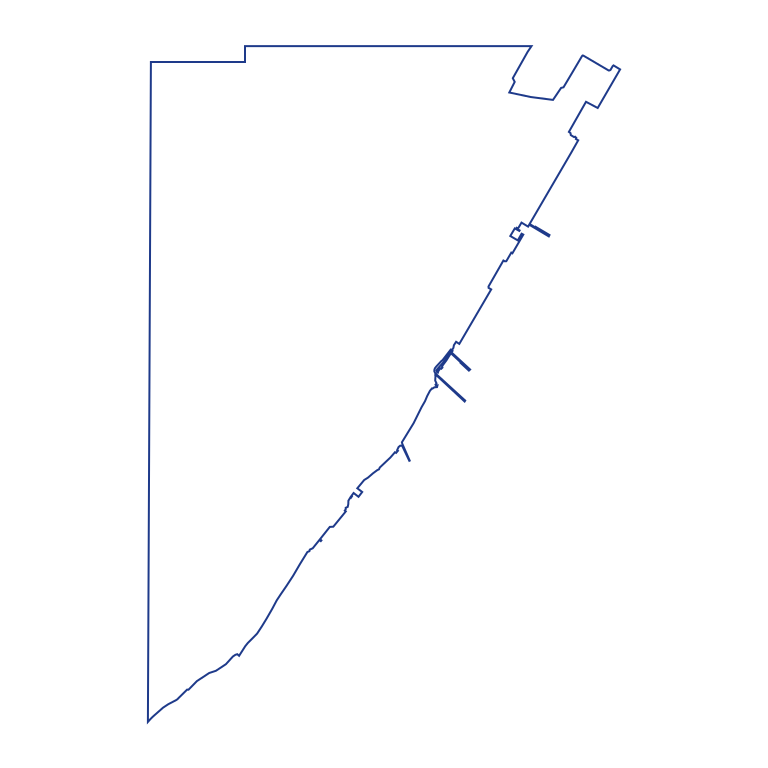 93, Al Wakrah, Qatar (Mercator projection)
{"feature_id": "91078587B9146513397895", "entity_name": "93", "entity_type": "district", "adm_level": 2, "iso_a3": "QAT", "parent_name": "Qatar", "parent_adm1": "Al Wakrah", "projection": "mercator", "projection_center": [51.563, 24.915], "detail": "fine", "context": "isolated", "style": "outline", "palette": "blue", "viewbox_px": 768, "rotation_deg": 0, "n_neighbors": 0, "source": "geoboundaries", "source_scale": "gbopen_adm2", "svg_char_len": 2433}
<svg xmlns="http://www.w3.org/2000/svg" viewBox="0 0 768 768"><path d="M147.9,721.9L150.6,718.9L152.5,717.0L154.6,715.1L159.5,710.8L163.0,707.7L168.3,704.2L170.8,702.9L176.5,699.9L177.7,699.0L178.2,698.4L187.1,689.6L188.5,689.7L196.9,681.1L209.2,673.0L215.9,670.8L225.9,664.2L232.9,656.5L235.4,654.8L237.3,654.2L239.1,655.8L245.3,646.1L247.8,643.0L253.3,637.5L257.1,633.6L261.9,626.3L266.6,618.6L272.3,608.7L276.7,600.4L280.8,594.2L286.3,586.2L293.1,575.8L300.0,564.0L307.4,552.0L309.4,551.2L309.8,549.6L312.7,548.3L319.4,540.0L320.8,541.1L321.4,540.4L320.1,539.1L329.8,526.9L333.3,526.7L345.8,511.4L344.8,510.6L345.7,509.3L345.7,507.8L347.7,506.9L348.3,504.1L348.4,500.7L350.4,497.4L350.9,497.8L351.9,496.4L351.4,496.0L353.6,493.0L358.5,496.8L362.2,492.0L357.3,488.3L364.2,480.0L367.9,477.7L373.0,473.3L377.3,470.1L379.0,469.3L379.8,467.5L390.2,457.7L392.5,455.1L395.0,452.2L396.1,452.9L397.9,450.8L397.1,450.2L398.6,447.0L400.2,445.7L402.1,445.7L409.3,460.8L409.7,460.6L402.3,443.8L401.9,442.3L413.6,423.2L421.5,407.3L425.0,401.2L427.2,396.0L430.0,390.7L432.0,388.4L432.5,388.6L434.4,387.3L437.0,387.1L437.5,385.3L436.0,385.4L435.5,384.7L436.5,383.3L435.2,380.6L435.5,375.8L435.2,375.0L435.6,374.5L464.6,401.5L465.2,400.6L435.2,373.2L434.3,371.2L434.4,369.8L434.9,368.3L436.2,366.6L441.4,361.0L442.5,360.2L450.8,349.5L451.5,349.7L451.8,350.9L444.5,361.0L437.4,369.0L436.5,370.4L437.2,372.3L437.9,372.6L438.4,371.0L440.2,368.5L440.8,368.3L441.3,368.7L442.4,367.6L442.1,367.1L442.1,366.4L443.0,364.9L446.4,360.4L449.4,355.5L451.0,353.3L460.9,362.5L460.6,362.9L468.9,370.6L470.1,369.5L451.5,352.4L452.6,350.8L452.3,349.5L453.4,347.9L453.9,345.2L456.1,341.8L459.3,343.9L491.2,289.4L488.6,287.9L488.5,286.5L503.4,260.5L504.8,261.3L506.3,261.2L511.3,252.6L512.4,253.3L523.3,234.6L521.6,233.7L517.8,240.4L510.3,236.0L514.8,228.4L519.3,230.9L519.6,230.4L516.3,228.4L516.7,227.8L517.5,228.3L518.5,227.7L521.5,222.6L528.1,226.6L529.2,224.7L548.8,236.4L549.5,235.0L535.6,226.8L535.3,227.4L529.6,224.0L571.3,152.5L578.2,140.3L575.9,139.0L576.3,137.9L575.1,136.7L574.1,137.1L570.8,135.1L570.5,133.1L568.9,131.9L586.0,101.8L597.7,108.0L620.1,69.4L613.5,65.4L612.7,66.1L610.5,69.9L609.6,70.4L608.7,70.5L583.3,55.6L582.6,55.5L582.0,56.1L573.5,70.5L563.5,87.3L561.1,87.9L553.0,99.9L530.6,97.0L509.3,92.5L514.7,81.9L512.8,78.2L527.6,51.9L531.5,46.1L245.0,46.1L245.0,62.0L150.9,62.0L147.9,721.9Z" fill="none" stroke="#1e3a8a" stroke-width="2"/></svg>